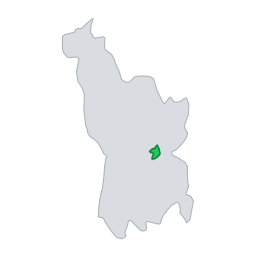 location of Velike Lašče within Slovenia, rotated 268°
{"feature_id": "SVN-1000", "entity_name": "Velike Lašče", "entity_type": "Municipality", "adm_level": 1, "iso_a3": "SVN", "parent_name": "Slovenia", "parent_adm1": "", "projection": "robinson", "projection_center": [14.586, 45.849], "detail": "fine", "context": "in_parent", "style": "filled", "palette": "green", "viewbox_px": 256, "rotation_deg": 268, "n_neighbors": 0, "source": "natural_earth", "source_scale": "10m", "svg_char_len": 2157}
<svg xmlns="http://www.w3.org/2000/svg" viewBox="0 0 256 256"><g transform="rotate(268 128 128)"><path d="M238.5,97.0L232.3,94.8L224.8,93.9L223.4,95.1L220.4,96.3L218.9,98.4L220.1,106.7L218.3,108.1L209.7,107.3L206.9,108.2L202.3,114.0L197.6,116.5L191.6,118.2L187.1,120.3L181.5,122.1L176.7,123.2L174.8,125.7L173.7,128.5L174.0,131.2L178.9,136.5L179.6,142.2L179.1,149.1L178.0,152.8L176.1,155.3L164.0,158.5L151.5,164.2L151.2,165.5L157.0,170.6L157.2,171.8L152.5,174.7L152.0,177.6L152.6,180.9L155.1,184.4L156.0,187.5L149.1,189.7L139.8,188.9L128.7,184.6L124.9,185.2L121.1,187.4L117.3,186.5L113.1,183.8L107.1,178.3L104.2,174.9L103.0,171.3L101.4,170.8L99.0,171.8L96.9,176.2L91.4,184.1L87.3,186.2L81.2,185.7L72.5,185.9L67.2,186.5L60.6,183.7L59.0,184.3L59.0,186.1L56.5,189.0L52.5,190.8L33.9,186.6L31.2,183.1L35.4,181.4L41.3,176.9L45.3,177.4L50.2,176.4L52.3,174.5L49.2,168.8L41.5,161.7L37.4,159.0L31.7,157.2L30.8,155.3L34.0,144.1L33.0,142.5L26.6,143.1L25.1,141.9L24.6,140.0L25.0,137.3L29.4,133.0L34.2,129.1L35.5,127.0L35.4,125.3L29.2,123.6L25.5,121.8L22.5,121.2L20.5,122.2L19.0,121.1L17.5,117.9L19.0,113.0L24.6,108.4L30.6,104.4L35.8,101.5L38.8,100.2L40.3,95.2L43.4,95.7L49.5,96.0L56.4,97.1L62.8,98.5L68.4,100.3L80.2,102.2L90.9,103.3L94.2,104.3L96.8,104.2L100.1,105.8L102.0,104.6L103.4,102.6L109.3,100.2L114.7,97.1L118.4,93.1L120.6,89.9L124.3,87.7L128.2,87.1L131.8,85.9L147.0,84.5L162.7,85.6L170.1,83.4L176.2,79.6L185.2,78.5L185.7,78.5L199.1,81.4L200.1,79.7L200.7,78.9L200.4,70.6L204.6,66.8L208.5,65.2L221.9,65.7L223.6,68.2L224.4,72.2L225.6,77.6L227.9,79.0L229.1,81.1L228.9,84.8L231.5,87.6L237.8,95.0L238.5,97.0Z" fill="#d9dde1" stroke="#a8b0b8" stroke-width="1"/><path d="M96.9,154.7L96.4,153.8L96.3,152.8L96.4,152.1L95.9,151.2L97.1,150.9L98.7,151.4L99.6,151.9L100.1,152.1L100.4,152.4L100.9,152.4L101.5,152.4L102.3,151.8L102.7,151.1L102.6,149.9L103.0,150.0L103.2,149.8L103.2,149.4L103.7,148.8L105.2,150.0L105.5,150.7L106.5,151.7L106.5,152.8L106.4,153.1L106.2,153.6L106.4,154.0L106.8,154.0L107.3,154.2L108.5,155.0L109.8,156.7L108.6,157.1L107.5,157.8L105.6,158.4L102.7,158.9L101.1,159.2L98.6,157.2L96.9,154.7Z" fill="#22c55e" stroke="#15803d" stroke-width="1.5"/></g></svg>